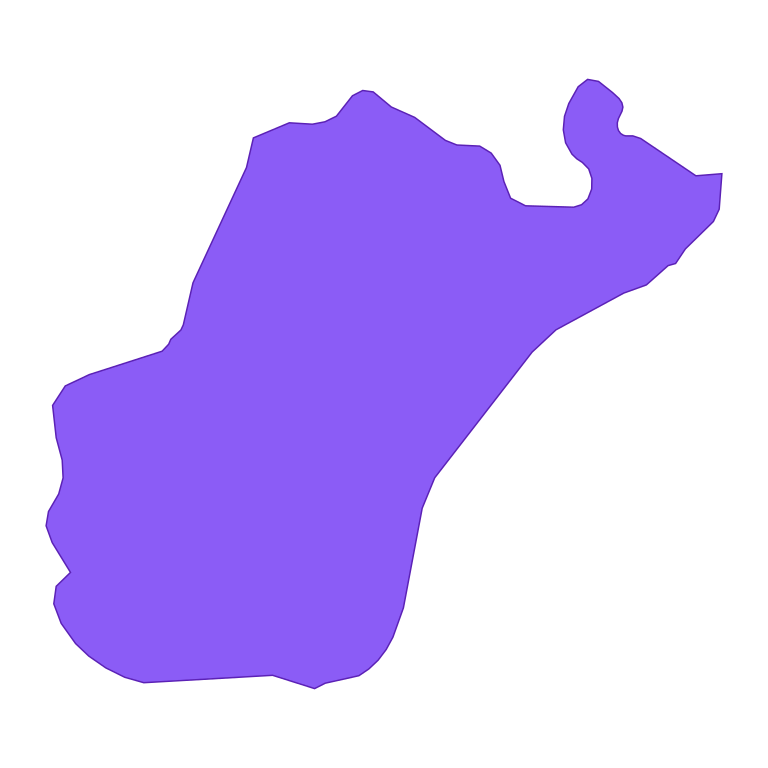 the border of Reggio Calabria
{"feature_id": "ITA-5395", "entity_name": "Reggio Calabria", "entity_type": "Province", "adm_level": 1, "iso_a3": "ITA", "parent_name": "Italy", "parent_adm1": "", "projection": "equal_earth", "projection_center": [16.138, 38.244], "detail": "fine", "context": "isolated", "style": "filled", "palette": "violet", "viewbox_px": 768, "rotation_deg": 0, "n_neighbors": 0, "source": "natural_earth", "source_scale": "10m", "svg_char_len": 1272}
<svg xmlns="http://www.w3.org/2000/svg" viewBox="0 0 768 768"><path d="M721.9,173.7L719.2,209.2L713.4,221.5L685.4,248.9L675.6,263.5L668.1,265.6L646.4,284.9L623.7,293.1L556.0,329.8L532.1,352.1L434.7,477.8L422.2,508.2L403.4,607.9L392.9,637.2L386.2,649.5L378.1,660.2L368.9,668.9L358.9,675.7L325.2,683.2L314.6,688.6L272.6,675.3L143.8,682.7L124.8,677.3L105.8,667.9L88.8,656.1L75.6,643.6L61.2,623.4L53.8,603.8L56.2,586.3L70.5,572.4L52.2,542.6L46.1,525.8L48.5,511.5L58.7,494.0L63.1,477.9L62.2,460.1L56.2,437.7L52.6,405.4L65.3,385.9L89.3,374.6L162.1,351.2L168.7,344.2L170.8,339.3L180.9,330.0L183.3,324.9L193.0,282.8L246.5,167.5L253.4,137.9L289.3,122.8L312.4,124.2L324.9,121.8L336.4,116.2L352.5,95.7L362.7,90.5L373.2,91.9L391.3,107.0L414.7,117.4L445.4,140.4L456.9,145.0L479.7,146.1L491.2,153.1L500.0,165.3L503.9,181.5L510.6,198.2L525.5,205.8L573.7,207.2L581.6,204.7L587.9,198.9L591.7,189.0L591.9,178.4L588.7,168.9L582.3,162.4L576.8,158.8L572.0,154.2L565.6,142.8L563.3,129.8L564.5,116.3L568.8,103.5L578.2,86.7L587.6,79.4L598.5,81.4L612.6,92.6L619.1,98.6L621.9,102.8L622.9,107.1L622.0,111.2L618.4,118.6L617.3,122.8L617.4,127.0L618.5,130.6L620.6,133.5L623.5,135.3L625.8,135.9L632.9,135.9L640.7,138.5L695.9,175.8L721.9,173.7Z" fill="#8b5cf6" stroke="#5b21b6" stroke-width="1.5"/></svg>